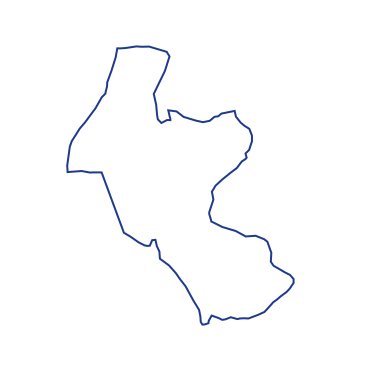 Ado, Benue, Nigeria, rotated 297°
{"feature_id": "59680162B34366982763718", "entity_name": "Ado", "entity_type": "district", "adm_level": 2, "iso_a3": "NGA", "parent_name": "Nigeria", "parent_adm1": "Benue", "projection": "orthographic", "projection_center": [7.998, 6.763], "detail": "fine", "context": "isolated", "style": "outline", "palette": "blue", "viewbox_px": 384, "rotation_deg": 297, "n_neighbors": 0, "source": "geoboundaries", "source_scale": "gbopen_adm2", "svg_char_len": 1708}
<svg xmlns="http://www.w3.org/2000/svg" viewBox="0 0 384 384"><g transform="rotate(297 192 192)"><path d="M82.5,266.2L84.9,265.4L90.8,265.6L91.8,272.9L91.8,276.9L93.7,279.6L98.0,283.4L98.7,286.7L99.2,289.4L99.9,290.9L100.8,291.7L101.4,292.7L103.0,295.4L104.9,299.7L111.5,305.7L112.6,306.7L118.0,311.0L123.9,312.7L130.6,314.4L134.7,316.5L140.0,318.7L145.7,321.6L150.1,322.9L157.1,323.8L160.6,322.0L162.6,316.9L162.6,310.9L163.3,298.2L165.6,293.9L173.8,290.3L181.9,281.8L182.7,277.7L181.9,268.6L176.8,260.1L177.1,248.7L174.6,235.0L174.5,222.6L175.3,222.0L180.4,217.2L182.1,216.5L195.0,214.5L201.3,209.6L208.3,210.1L216.7,213.2L226.2,217.4L233.8,221.1L236.2,221.5L239.6,222.1L241.8,222.5L245.5,224.6L247.4,225.1L250.6,222.2L255.4,223.8L264.4,222.4L269.5,219.8L274.3,214.4L274.8,208.8L275.9,203.9L277.0,201.5L279.1,196.9L283.6,193.2L279.5,188.0L275.2,182.6L271.3,180.9L269.2,177.9L263.5,175.5L259.2,170.1L257.4,163.1L255.1,150.4L256.8,141.7L254.0,133.8L249.3,137.7L247.6,139.3L246.2,140.1L244.8,137.1L239.6,133.4L241.2,128.6L244.8,125.9L253.4,120.5L262.0,113.4L287.7,112.9L302.6,110.4L305.4,105.8L302.1,87.8L298.4,80.9L296.5,76.4L289.9,67.1L287.3,62.7L286.1,60.2L277.2,62.9L263.4,65.2L251.2,66.7L247.4,68.4L241.3,69.8L240.4,70.2L235.5,68.6L222.7,68.0L220.9,67.7L217.5,67.1L205.5,65.1L197.6,63.2L182.8,61.8L176.8,62.6L158.9,68.8L153.3,72.1L160.6,84.2L163.0,92.2L164.9,95.6L168.4,102.6L124.8,149.8L124.5,154.1L124.3,157.4L122.9,167.2L122.9,173.7L123.6,176.5L125.0,178.8L131.0,178.4L132.8,181.1L127.8,185.3L124.1,190.0L118.0,193.7L116.1,205.0L112.3,214.6L108.9,220.9L105.0,229.2L95.9,242.5L90.2,251.8L84.7,256.1L80.3,258.7L78.6,261.4L79.8,263.5L82.5,266.2Z" fill="none" stroke="#1e3a8a" stroke-width="2"/></g></svg>